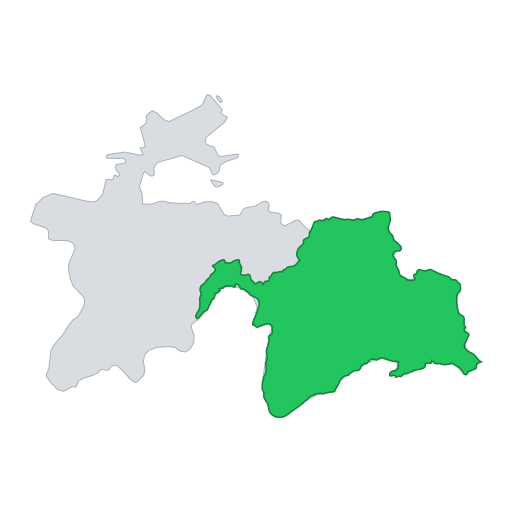 location of Gorno-Badakhshan within Tajikistan
{"feature_id": "TJK-366", "entity_name": "Gorno-Badakhshan", "entity_type": "Region", "adm_level": 1, "iso_a3": "TJK", "parent_name": "Tajikistan", "parent_adm1": "", "projection": "albers", "projection_center": [72.466, 38.073], "detail": "fine", "context": "in_parent", "style": "filled", "palette": "green", "viewbox_px": 512, "rotation_deg": 0, "n_neighbors": 0, "source": "natural_earth", "source_scale": "10m", "svg_char_len": 9738}
<svg xmlns="http://www.w3.org/2000/svg" viewBox="0 0 512 512"><path d="M46.4,374.0L48.9,368.8L50.8,351.0L54.0,345.0L63.1,334.3L68.0,326.1L73.3,319.5L77.1,317.3L80.6,312.1L83.7,306.0L84.6,302.1L84.5,299.1L83.6,297.1L73.1,285.8L70.2,279.0L68.8,270.4L68.6,264.5L75.1,248.4L74.3,245.7L72.8,243.0L69.5,241.3L64.7,240.4L53.7,240.6L49.5,239.5L48.5,238.4L48.4,231.0L47.4,229.3L45.6,227.8L33.4,223.7L31.1,222.1L30.7,220.2L36.0,204.0L38.0,202.8L43.0,197.5L53.2,193.4L86.1,201.1L91.6,202.0L95.3,201.6L97.8,199.8L102.5,194.6L106.2,179.7L108.9,179.3L111.6,180.1L113.0,178.8L114.2,175.2L115.4,174.9L117.3,176.8L119.4,175.2L119.2,173.7L117.0,171.2L115.2,167.2L116.2,164.5L124.8,163.3L125.7,162.0L125.5,159.8L123.3,158.4L107.1,158.3L106.2,157.0L106.7,155.5L108.0,154.4L125.0,152.1L140.5,155.3L143.1,154.6L140.2,147.9L144.5,147.4L145.1,145.1L140.2,127.3L143.3,125.9L146.4,122.5L146.4,115.9L149.2,112.8L152.4,110.7L157.0,113.1L164.1,119.8L168.8,121.6L192.8,110.2L201.7,105.1L203.2,103.1L206.4,95.2L208.0,94.7L210.2,95.6L222.0,109.4L222.0,111.2L220.7,112.5L220.9,113.9L227.1,116.9L227.1,118.2L224.8,122.0L206.0,137.5L205.3,142.6L206.7,144.4L214.3,147.2L218.0,155.5L220.8,156.5L238.1,154.0L238.2,155.3L237.4,157.8L225.6,161.7L220.2,165.1L218.9,171.4L217.5,173.1L215.0,174.6L212.7,174.8L209.2,167.4L182.1,155.5L157.3,162.5L153.6,168.0L154.5,173.3L153.8,175.5L151.3,176.2L144.4,171.6L142.6,175.3L139.4,186.7L142.1,193.9L142.7,204.3L152.1,204.1L159.9,201.2L163.8,201.3L169.8,202.8L180.2,203.4L190.5,203.3L192.5,201.4L194.7,202.1L196.6,204.6L205.1,201.8L211.3,201.6L217.3,203.4L224.3,214.7L228.0,216.1L239.8,215.1L243.3,209.1L246.3,207.6L255.2,206.2L262.7,201.6L266.5,201.3L268.3,202.9L269.1,205.0L268.2,210.5L270.7,212.4L277.9,212.9L281.2,214.7L280.8,223.3L283.8,225.4L285.4,225.6L296.0,220.1L298.9,220.1L304.9,226.8L309.6,230.8L310.7,230.2L312.9,225.9L316.9,221.2L328.7,218.3L333.0,217.6L346.3,219.5L359.8,219.3L367.0,218.3L372.7,215.4L375.6,213.2L380.3,211.8L389.5,212.6L389.9,216.4L388.4,228.8L393.2,237.9L399.4,245.4L400.0,247.9L399.4,249.9L395.7,251.9L394.4,254.0L393.8,256.4L395.0,259.1L397.3,267.8L400.1,274.6L404.1,277.8L409.9,279.8L413.1,279.3L415.3,274.2L419.1,270.3L427.5,270.2L441.2,274.3L454.7,280.7L458.7,284.2L460.2,288.3L456.7,298.0L457.0,304.1L458.0,310.6L461.2,315.4L464.2,323.6L465.0,330.4L467.3,334.8L465.1,347.5L466.4,349.6L477.3,358.3L478.7,363.1L476.4,366.2L472.4,370.0L465.6,374.8L455.9,365.8L451.7,363.1L443.8,364.2L433.5,361.7L428.2,362.1L425.0,365.3L422.9,368.5L417.7,369.6L398.5,376.1L392.9,375.6L391.3,374.0L392.6,371.8L396.5,368.9L397.5,365.5L396.6,362.3L382.6,358.6L376.8,359.4L366.8,363.4L348.3,374.0L340.2,381.0L334.4,391.6L316.8,395.0L304.6,401.1L292.1,410.9L283.8,416.2L279.7,416.9L275.7,415.9L271.7,413.2L267.8,404.9L262.3,384.0L266.9,349.0L269.4,334.8L271.5,329.7L271.6,326.3L269.9,324.6L266.1,324.7L260.4,326.5L256.4,326.8L254.0,325.5L254.3,318.9L257.3,307.0L253.0,296.8L241.3,288.5L231.4,285.5L223.1,287.8L216.0,294.2L210.1,304.6L204.1,313.1L197.9,319.6L192.0,323.9L191.1,326.7L194.1,335.7L193.7,343.2L189.9,349.1L185.8,351.9L181.4,351.5L178.0,350.0L175.4,347.4L168.5,346.6L157.0,347.4L149.1,350.1L144.7,354.9L143.3,361.3L144.8,369.4L143.7,375.5L137.0,382.0L134.7,382.5L129.8,378.7L122.5,370.4L117.4,365.9L114.6,365.1L111.2,366.3L109.2,369.6L106.7,370.4L103.3,369.5L100.1,370.1L98.1,372.6L92.7,375.4L83.1,378.3L77.8,381.7L76.8,385.5L75.3,387.2L72.5,386.4L63.7,391.3L57.3,389.4L50.4,382.2L46.6,376.4L46.4,374.0ZM223.0,184.3L217.9,187.0L214.9,186.6L211.1,181.2L210.7,179.8L221.0,182.0L222.9,182.7L223.0,184.3ZM221.9,102.2L220.2,102.4L217.2,98.8L216.3,96.4L217.5,95.6L220.0,97.4L221.7,100.5L221.9,102.2Z" fill="#d9dde1" stroke="#a8b0b8" stroke-width="1"/><path d="M382.7,211.3L388.0,211.8L389.6,212.6L389.6,214.0L390.2,218.2L390.3,219.8L390.2,220.9L388.5,226.1L388.1,228.3L388.4,230.4L389.8,232.8L392.2,235.1L392.8,236.2L393.7,239.9L394.4,240.8L397.8,243.4L399.7,245.5L400.5,246.0L401.1,247.2L401.3,248.5L401.1,249.6L400.2,250.5L399.0,251.0L396.2,251.0L394.9,251.6L394.1,252.5L393.4,253.7L392.9,255.0L393.1,256.4L393.8,257.4L395.5,259.3L396.1,260.3L396.3,261.8L396.0,265.0L396.3,266.2L398.4,269.6L398.8,270.7L399.4,273.7L399.9,274.9L401.0,276.1L402.0,276.7L404.1,277.5L405.1,278.0L406.9,279.6L407.8,280.2L413.3,280.3L414.3,280.0L415.0,278.8L414.6,277.6L413.8,276.4L413.7,275.0L414.2,274.6L416.4,273.8L416.8,273.3L417.0,271.4L417.8,270.2L418.6,269.7L419.6,269.7L423.2,270.8L424.3,271.0L425.6,271.0L429.6,269.5L430.8,269.6L439.0,273.5L448.9,277.0L451.9,279.7L453.2,279.9L454.5,279.7L455.6,279.9L456.5,280.6L458.0,282.6L459.5,283.5L459.9,284.0L460.6,287.4L460.6,288.8L460.3,290.2L459.7,291.4L457.3,294.2L456.8,295.4L456.6,296.8L456.8,303.8L458.1,312.2L459.3,314.3L463.5,316.5L464.2,318.5L464.1,323.2L464.3,325.6L464.5,326.0L465.7,326.9L465.6,327.4L464.6,329.0L464.2,329.2L464.0,329.6L464.2,330.6L464.5,331.2L464.9,331.5L467.9,333.1L468.6,333.8L468.9,335.1L468.7,335.8L467.0,338.6L466.6,340.5L464.5,343.7L464.3,345.1L464.9,347.7L466.3,349.7L468.2,351.3L473.5,354.3L474.6,355.2L477.7,359.0L479.4,360.6L481.3,361.9L478.4,362.9L477.1,363.6L476.4,364.9L476.3,367.7L475.9,368.6L470.5,370.8L469.1,371.0L468.0,371.7L466.9,374.2L465.7,374.8L463.9,373.9L461.1,369.4L459.4,367.6L451.8,363.2L450.1,364.1L443.6,364.7L441.0,364.0L439.7,363.5L437.6,363.8L435.2,363.5L434.6,363.4L433.7,361.9L433.2,361.6L432.5,361.6L431.8,362.1L431.5,361.2L430.9,363.2L429.4,363.4L427.7,363.0L426.2,363.0L425.2,364.0L425.2,366.5L424.1,367.8L422.7,368.5L416.2,369.9L411.8,371.6L410.6,371.9L407.3,373.5L404.8,373.8L403.6,374.2L401.4,376.3L400.6,376.5L398.3,376.2L397.7,376.4L396.8,377.2L396.2,377.2L394.5,375.4L393.2,375.3L390.8,376.1L389.8,375.6L389.6,374.0L390.3,372.6L391.5,371.5L392.7,371.0L395.0,370.8L395.8,370.3L396.8,369.5L397.8,368.3L398.2,367.2L398.1,364.1L398.6,361.6L396.5,361.4L393.9,361.5L389.8,360.4L382.8,357.9L380.2,358.0L376.6,360.1L375.6,359.8L374.6,359.2L373.2,359.1L371.7,359.2L370.6,359.6L369.6,360.3L366.8,363.4L366.2,363.8L364.9,363.3L364.4,363.5L362.2,365.2L361.2,366.4L360.3,368.5L359.6,369.6L358.4,370.4L354.2,370.8L350.0,373.4L348.7,375.0L347.3,375.5L344.5,376.0L342.2,377.5L340.4,379.9L337.7,385.6L335.3,389.5L334.9,390.9L334.4,391.6L325.6,392.9L323.6,393.9L319.6,393.2L316.9,393.7L310.9,396.2L308.6,397.8L306.6,400.3L304.6,401.4L303.1,403.1L285.8,415.8L283.5,416.8L280.6,417.3L277.7,417.3L275.0,416.6L272.5,415.3L270.5,413.2L269.7,411.9L269.1,410.5L268.7,409.0L268.3,405.6L267.7,404.1L264.4,398.6L263.9,397.3L263.8,395.7L263.8,392.6L263.6,391.8L262.3,389.4L262.1,388.5L262.3,384.0L262.8,381.0L263.2,379.9L263.6,379.2L263.4,377.4L265.6,373.7L265.7,371.7L266.0,370.8L266.2,369.2L266.1,366.1L265.7,363.3L265.9,362.2L266.6,360.6L267.2,357.6L266.4,351.6L266.7,348.4L267.9,346.4L268.4,343.4L269.2,340.4L268.5,337.3L268.9,336.0L271.1,334.6L272.0,333.3L272.3,332.0L272.3,330.2L272.1,327.7L272.5,327.2L270.8,325.0L269.0,323.8L266.9,323.6L259.8,326.0L257.6,327.4L256.3,326.9L254.2,325.0L253.5,324.9L253.1,325.1L252.8,324.9L252.6,324.0L252.7,323.2L253.3,321.5L253.7,319.6L255.5,316.4L256.3,313.4L257.4,311.3L257.8,309.1L258.9,306.0L259.2,304.3L258.9,301.0L257.5,298.8L255.6,297.5L250.8,295.4L247.3,291.6L245.1,289.9L243.5,289.1L242.8,288.9L241.2,289.1L240.6,288.6L240.2,288.0L239.4,286.1L238.3,284.9L237.6,284.5L236.9,284.3L235.5,284.3L235.1,284.8L235.3,286.5L234.7,287.2L233.3,286.9L230.9,285.7L230.2,285.8L229.7,286.4L229.3,286.6L227.3,286.1L225.5,286.1L224.5,286.3L223.4,288.0L220.0,288.3L218.9,289.0L218.9,289.5L220.1,290.4L219.6,291.3L217.0,293.0L215.6,292.9L215.1,293.2L214.8,293.9L214.8,296.0L214.0,298.5L211.9,299.4L211.3,301.2L209.6,304.5L208.0,308.6L207.2,309.8L206.6,310.4L204.6,311.2L204.0,311.6L201.4,314.3L198.7,317.7L198.2,318.0L197.0,318.6L195.7,316.7L195.7,315.8L196.3,314.3L198.9,310.0L199.6,307.9L199.8,307.0L199.9,302.9L199.7,299.1L200.2,296.7L201.0,295.0L201.1,293.7L200.7,291.8L200.1,290.7L200.0,290.1L200.3,287.7L201.1,285.9L205.1,282.6L205.8,281.7L206.0,280.6L209.6,277.5L210.7,275.0L213.4,272.7L214.1,272.0L215.2,270.3L215.3,269.3L215.0,268.4L214.4,267.6L212.7,266.3L212.5,265.8L212.7,265.5L215.2,264.4L218.5,261.7L219.4,261.1L223.4,259.7L224.1,259.8L224.8,260.8L225.4,262.6L225.6,262.9L227.9,262.8L229.7,263.0L231.2,262.7L233.2,261.3L236.0,260.1L238.4,259.8L239.1,260.0L239.5,260.5L239.3,262.6L241.4,266.7L241.6,267.7L241.3,269.3L241.3,270.9L240.5,272.9L240.4,273.8L241.0,274.5L242.7,275.1L245.2,275.0L248.1,274.4L248.8,274.5L249.6,275.0L250.2,275.9L250.5,277.0L250.6,278.5L250.9,279.5L251.5,280.3L253.0,281.5L254.5,283.4L254.8,283.6L255.5,283.6L256.4,283.3L258.9,281.8L259.9,281.6L260.7,281.9L261.5,282.4L262.1,283.1L262.8,284.3L263.1,284.5L263.3,284.4L264.0,282.6L265.3,281.3L266.1,281.1L267.9,281.1L268.4,281.0L268.9,280.6L269.1,279.9L269.1,278.0L269.3,277.3L269.6,276.9L270.9,276.3L271.7,274.7L273.4,272.6L274.0,272.4L275.0,272.4L276.7,272.5L280.1,271.5L280.8,271.6L281.6,272.2L281.9,272.1L282.2,271.8L283.0,270.3L283.4,269.9L285.3,269.3L286.7,267.9L287.5,267.2L289.9,266.6L292.8,266.4L294.8,265.5L297.2,263.2L298.2,261.5L299.9,260.2L298.2,258.4L296.9,255.6L296.7,254.6L296.8,253.5L297.0,252.8L297.2,251.2L297.9,249.2L299.7,247.2L302.9,244.0L303.4,243.2L303.6,242.6L303.4,241.2L303.5,240.3L303.9,239.7L305.9,238.5L307.8,237.7L308.6,237.2L309.0,236.6L309.2,235.9L309.3,233.8L309.5,232.1L310.2,232.1L312.5,226.9L313.9,223.0L314.5,221.8L315.6,221.5L316.8,221.3L318.9,220.2L319.9,220.2L321.8,220.7L323.7,220.6L325.5,218.7L326.1,218.4L327.0,218.6L328.4,219.6L329.4,219.6L330.0,219.2L331.1,217.8L331.7,217.3L332.7,217.0L333.6,217.0L344.2,219.8L345.0,219.7L347.5,219.2L348.7,219.3L353.3,220.4L354.1,220.3L356.9,218.8L357.6,218.6L359.3,219.3L361.3,219.9L363.2,219.7L368.9,217.7L372.2,217.0L372.6,216.3L372.7,215.2L373.1,214.1L374.5,213.1L380.7,211.5L382.7,211.3Z" fill="#22c55e" stroke="#15803d" stroke-width="1.5"/></svg>